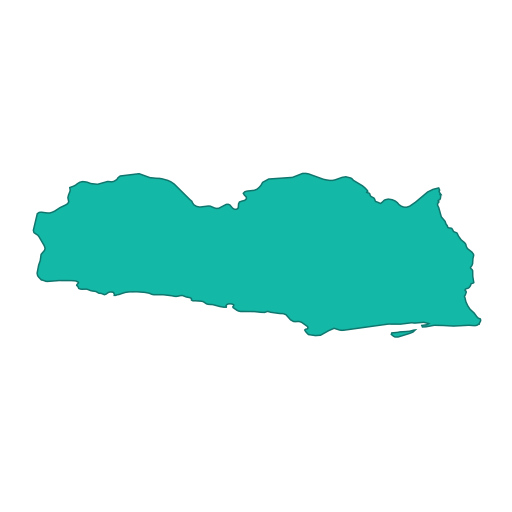 map outline of Namibe (Equal Earth projection), rotated 267°
{"feature_id": "AGO-1893", "entity_name": "Namibe", "entity_type": "Province", "adm_level": 1, "iso_a3": "AGO", "parent_name": "Angola", "parent_adm1": "", "projection": "equal_earth", "projection_center": [12.66, -15.394], "detail": "fine", "context": "isolated", "style": "filled", "palette": "teal", "viewbox_px": 512, "rotation_deg": 267, "n_neighbors": 0, "source": "natural_earth", "source_scale": "10m", "svg_char_len": 4645}
<svg xmlns="http://www.w3.org/2000/svg" viewBox="0 0 512 512"><g transform="rotate(267 256 256)"><path d="M300.4,441.5L298.7,440.0L296.8,440.1L294.8,441.0L285.4,443.1L280.8,446.6L278.1,447.4L276.4,448.5L274.3,449.2L273.9,450.4L273.7,451.7L273.4,452.8L272.6,453.4L271.1,454.1L270.4,454.4L269.6,455.3L268.9,457.1L268.3,458.0L265.3,459.2L261.4,461.7L258.4,465.0L256.7,466.1L254.5,466.5L252.4,467.5L248.5,471.9L246.3,473.3L245.2,473.4L242.1,472.5L237.0,471.9L235.4,471.2L233.3,469.6L232.4,469.7L231.2,471.0L229.9,471.6L224.3,471.4L218.0,472.1L217.7,471.7L217.4,470.6L217.0,469.4L216.2,469.0L215.3,468.7L214.3,468.0L213.4,467.2L212.9,466.5L212.6,465.6L212.4,464.7L212.2,463.9L211.7,463.3L210.9,462.9L210.4,463.2L210.0,463.8L209.0,464.1L206.0,462.9L205.1,462.1L204.5,462.1L203.9,462.3L203.3,462.5L199.3,463.2L195.3,464.8L191.7,466.9L187.6,470.9L184.0,473.2L182.4,474.6L181.9,475.5L181.7,476.3L181.3,476.8L180.0,477.0L179.0,476.7L177.5,475.7L176.3,475.4L176.3,474.5L175.6,473.8L175.2,472.7L175.0,471.2L175.1,469.7L175.7,465.1L175.7,449.6L176.8,439.5L177.5,430.4L176.4,422.0L176.4,418.5L178.0,417.9L178.4,422.9L179.5,425.0L181.0,420.0L180.7,411.0L181.2,408.0L180.4,396.8L181.1,384.5L177.3,339.8L177.3,337.5L177.7,335.6L179.7,330.2L177.7,324.8L173.5,316.3L173.4,311.2L174.8,304.3L175.8,303.3L177.7,301.8L179.5,300.8L180.2,301.5L180.6,303.6L181.6,304.2L182.9,303.7L187.3,298.2L188.1,296.4L188.4,294.8L188.4,291.5L188.7,289.9L190.5,287.1L195.8,282.9L197.0,280.2L197.3,276.8L199.0,267.9L200.1,264.7L199.2,261.6L199.5,258.1L200.6,251.4L201.4,237.6L201.9,235.8L202.7,234.2L205.7,230.4L206.4,230.2L207.7,231.2L208.4,231.2L209.2,229.9L209.6,228.0L209.6,225.9L209.0,224.3L207.7,223.4L206.8,223.8L206.4,223.6L206.6,221.1L207.4,217.4L209.7,210.3L210.2,206.1L210.6,204.5L211.4,203.2L212.4,202.0L213.2,200.8L213.7,199.2L214.5,192.7L214.5,191.2L214.7,190.3L215.4,189.2L215.9,189.2L216.5,189.4L217.1,189.1L217.9,187.6L218.7,184.3L220.4,180.5L220.4,178.4L220.0,176.3L219.8,174.1L220.0,172.6L220.7,169.9L222.2,161.3L222.7,151.8L223.1,150.2L224.5,147.2L225.5,143.0L226.5,135.2L226.8,127.6L226.5,123.7L225.5,119.8L224.9,117.8L224.7,117.0L224.6,115.7L224.5,115.1L224.1,114.0L224.0,113.3L224.1,112.4L224.4,112.5L224.8,112.7L225.6,112.3L226.7,112.0L227.1,111.7L227.4,110.8L227.6,109.7L227.7,108.6L227.6,107.6L226.9,105.9L225.8,104.3L225.3,102.6L226.7,99.6L227.1,97.1L228.9,94.3L229.3,92.6L229.6,90.8L230.1,89.0L231.5,86.0L231.8,84.8L231.9,80.6L232.2,78.8L232.9,77.3L235.0,76.5L235.5,75.9L236.0,75.4L236.7,75.6L237.9,76.8L238.5,77.3L239.1,77.2L240.6,74.6L241.1,70.4L241.8,58.0L241.5,46.3L241.7,44.9L243.0,41.8L243.3,40.4L246.2,37.9L247.8,36.9L250.3,36.5L258.3,38.5L262.7,40.3L268.9,41.5L272.7,45.1L274.8,45.8L277.3,45.1L286.8,40.2L288.3,39.1L289.7,37.1L291.0,35.5L293.3,35.0L309.7,39.8L310.9,41.8L311.0,43.9L310.0,49.2L309.7,52.0L310.3,54.6L311.4,57.4L314.6,62.9L316.9,68.5L318.1,70.6L319.8,71.8L324.1,71.2L326.8,72.0L330.0,73.5L331.4,73.9L334.1,73.6L335.3,77.5L336.2,79.5L337.6,81.5L338.9,84.0L339.4,86.7L338.9,89.8L338.5,91.4L337.0,94.8L335.9,101.5L338.2,111.8L337.6,115.9L338.0,118.1L339.7,121.1L341.4,122.3L343.0,124.6L344.3,143.6L339.8,154.2L338.8,160.7L338.6,163.5L338.0,166.2L336.2,171.7L334.6,174.8L332.1,178.1L315.8,192.9L314.0,194.8L312.4,195.4L310.4,196.6L308.7,199.1L307.8,202.4L308.4,210.9L308.2,212.9L306.1,217.2L305.6,218.9L305.6,221.3L309.1,229.0L309.1,230.9L308.3,232.6L305.0,235.1L303.7,237.1L303.7,239.2L305.0,240.8L309.0,241.3L310.8,242.3L311.6,244.9L312.1,247.6L313.6,249.4L315.4,249.4L317.4,247.6L319.3,246.6L320.8,248.3L321.3,250.7L321.7,257.8L322.7,260.6L324.4,262.8L326.2,264.6L329.2,266.5L332.2,272.7L332.6,296.6L336.0,306.8L335.9,310.0L335.2,312.9L329.1,327.3L328.3,330.3L327.6,333.7L327.5,336.5L327.9,339.0L330.0,346.1L330.4,349.9L328.9,354.8L328.4,355.5L328.1,355.9L326.4,357.3L320.6,365.9L318.3,368.4L315.5,370.7L315.0,370.9L314.6,370.9L314.4,370.5L314.1,370.1L313.8,369.9L312.7,372.4L312.2,372.8L311.5,373.0L310.9,373.1L310.0,373.5L309.4,374.0L307.7,376.8L306.9,377.3L306.1,377.6L305.1,377.8L304.5,378.1L304.1,378.5L303.9,379.0L303.3,380.4L301.9,383.1L303.6,385.5L304.4,386.3L305.1,387.2L305.5,388.5L305.9,391.1L305.1,394.9L303.7,397.8L301.8,400.0L299.9,401.4L298.2,403.6L297.1,406.0L296.8,408.9L297.7,412.1L301.4,418.1L310.9,430.7L313.3,436.3L314.4,442.0L312.3,442.8L311.7,442.7L311.2,442.2L309.8,442.6L307.6,444.0L307.6,443.1L306.7,443.6L305.6,443.5L303.7,443.1L302.7,442.5L302.2,441.4L301.5,440.7L300.4,441.5ZM172.7,400.9L172.8,405.3L173.7,409.6L173.8,411.1L171.8,408.7L170.6,405.2L167.7,393.7L167.9,390.4L168.8,389.0L170.6,387.0L172.1,387.6L172.3,393.4L172.7,396.0L172.7,400.9Z" fill="#14b8a6" stroke="#0f766e" stroke-width="1.5"/></g></svg>